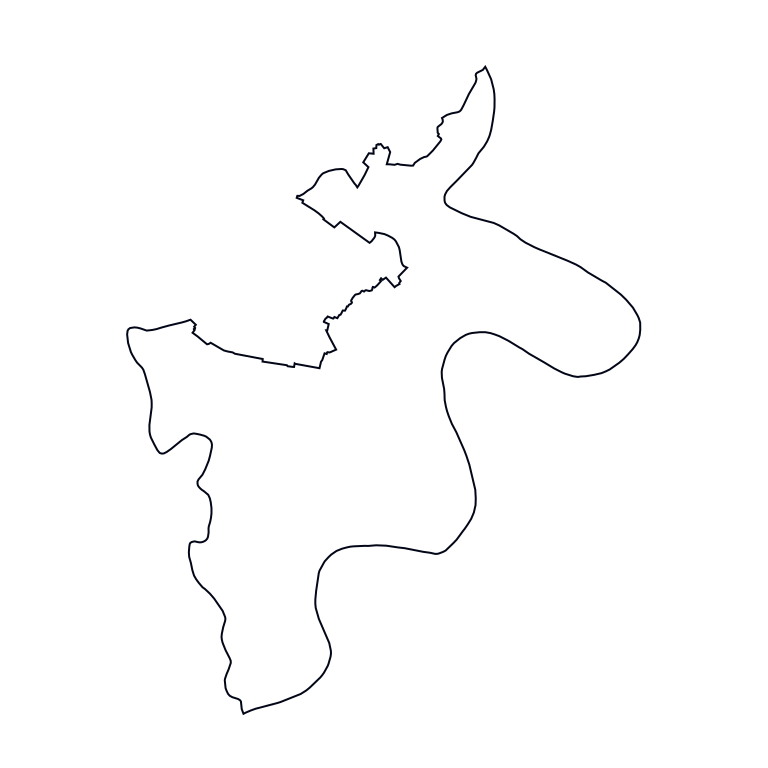 Vu Thu, Thái Bình, Vietnam, rotated 248°
{"feature_id": "81297802B99897160628736", "entity_name": "Vu Thu", "entity_type": "district", "adm_level": 2, "iso_a3": "VNM", "parent_name": "Vietnam", "parent_adm1": "Thái Bình", "projection": "mercator", "projection_center": [106.301, 20.424], "detail": "fine", "context": "isolated", "style": "outline", "palette": "ink", "viewbox_px": 768, "rotation_deg": 248, "n_neighbors": 0, "source": "geoboundaries", "source_scale": "gbopen_adm2", "svg_char_len": 6154}
<svg xmlns="http://www.w3.org/2000/svg" viewBox="0 0 768 768"><g transform="rotate(248 384 384)"><path d="M273.3,136.7L269.3,137.7L263.5,139.6L261.0,141.2L254.7,144.1L248.8,146.1L234.1,149.4L227.3,149.4L225.5,148.9L223.8,147.9L218.6,143.7L213.2,140.1L210.3,138.6L208.2,138.0L205.3,137.5L202.9,137.4L196.4,137.4L187.7,138.2L184.8,138.2L183.7,137.8L182.7,137.4L177.7,133.1L174.0,129.4L170.3,126.2L169.0,125.4L161.4,123.2L159.2,123.1L155.2,123.3L152.7,124.2L150.4,126.1L146.6,130.7L145.1,131.8L144.4,132.2L143.2,132.4L135.8,130.3L130.9,130.2L131.1,132.7L131.2,138.4L131.0,143.4L128.2,165.3L127.9,168.8L127.8,190.6L129.0,197.2L130.3,201.4L135.8,215.1L137.1,217.5L138.8,220.2L143.6,226.1L145.3,227.7L151.2,232.3L153.8,233.8L156.5,234.8L164.4,236.2L190.6,235.6L201.9,236.8L206.0,238.0L210.1,239.7L217.8,243.7L233.1,252.7L235.0,254.2L240.8,261.3L241.8,262.6L244.2,267.6L245.6,271.1L247.0,277.4L247.0,283.5L246.4,288.4L245.8,291.8L244.9,294.9L241.1,305.7L239.8,308.6L237.4,316.3L233.2,325.6L227.1,336.0L224.0,341.7L213.7,357.5L210.2,363.6L207.3,367.8L206.6,369.7L206.3,371.3L206.2,375.9L206.5,378.8L210.5,388.7L212.5,393.1L218.2,402.3L219.5,404.6L222.7,409.4L226.3,414.3L227.7,415.7L231.2,419.2L237.4,423.5L243.5,426.2L251.7,429.0L277.2,432.9L286.7,433.5L292.6,433.6L312.1,433.0L321.6,432.0L330.2,432.0L335.3,432.3L339.8,432.9L346.3,434.2L352.2,436.4L356.9,437.9L367.9,440.0L373.6,442.0L376.1,443.4L383.9,449.3L386.8,451.8L389.3,454.6L393.9,460.8L395.7,464.2L398.0,471.9L398.9,478.2L398.8,481.6L398.3,484.7L396.1,492.4L394.1,497.3L391.3,501.8L388.4,505.3L385.1,508.9L377.4,515.6L367.0,523.3L364.5,525.4L357.8,529.8L343.9,540.7L334.7,547.6L328.5,553.0L325.9,555.5L320.4,562.2L318.4,565.5L317.7,567.2L317.3,569.1L315.6,574.0L313.8,582.1L312.6,589.7L312.6,594.0L312.9,598.6L315.6,610.2L317.5,615.8L320.0,621.3L323.2,627.7L325.8,631.9L327.8,634.4L330.7,637.2L333.6,639.4L338.3,641.9L344.9,644.5L349.7,644.9L352.9,644.7L361.6,643.4L371.4,640.1L378.2,637.1L394.8,627.6L398.2,624.7L411.0,614.9L418.8,610.0L422.8,606.8L429.7,600.2L450.6,578.5L454.6,574.6L462.1,568.1L467.1,564.7L471.4,562.7L474.8,560.4L487.8,550.3L492.2,546.1L506.5,527.0L513.3,520.0L523.0,511.3L526.4,509.2L528.7,508.6L530.0,508.6L531.5,508.9L534.9,510.2L536.9,511.7L539.4,514.7L541.7,519.3L545.1,527.4L554.1,547.6L555.5,549.7L558.9,553.9L562.5,558.0L566.5,565.4L568.5,568.1L570.5,570.7L573.6,573.9L575.3,575.4L579.7,578.7L587.2,583.4L595.6,588.3L599.4,590.2L606.6,593.2L611.4,594.9L616.1,596.1L626.4,597.5L636.2,597.1L640.2,596.7L638.2,593.3L637.7,586.9L637.1,585.5L636.0,584.7L632.5,584.1L631.5,583.6L629.5,582.1L628.5,581.0L621.1,571.4L612.7,562.3L609.5,558.5L608.9,557.5L608.4,555.9L608.4,554.2L609.6,548.0L609.9,543.0L608.9,537.4L607.1,537.4L605.4,536.9L604.5,536.2L603.5,534.6L602.3,530.4L601.9,529.8L601.3,529.4L596.8,527.9L595.2,528.5L593.8,526.8L590.3,528.8L589.3,528.8L587.9,527.2L582.1,516.7L579.0,509.4L579.0,508.2L579.4,506.2L579.1,501.7L577.5,495.4L575.6,492.8L576.3,490.8L581.2,481.4L583.0,479.1L583.3,475.8L585.4,471.9L586.7,468.9L596.7,476.6L602.2,476.1L602.5,472.5L607.8,470.9L607.9,470.4L607.8,468.9L608.6,468.5L608.4,466.5L605.6,465.2L606.3,462.4L601.4,460.6L603.6,456.4L597.3,447.8L590.9,450.8L585.0,444.3L577.6,434.9L576.3,432.9L579.1,432.4L581.0,431.7L591.8,429.3L596.5,428.6L598.5,426.6L599.3,425.1L601.1,419.6L602.2,412.8L602.2,406.7L601.6,404.7L599.6,400.9L594.7,394.7L593.2,391.9L592.6,390.1L591.9,385.6L590.4,380.4L590.0,376.2L590.9,374.1L589.3,372.8L584.6,377.9L582.6,376.2L571.2,384.5L566.7,387.3L562.5,389.4L559.9,390.3L559.4,389.5L547.8,396.6L550.7,404.3L520.3,423.5L521.0,425.9L523.3,429.9L524.4,431.1L525.0,431.5L527.9,432.5L526.0,435.8L522.8,440.6L520.1,443.3L516.4,446.4L514.0,447.8L511.7,448.5L505.3,449.1L502.3,448.7L491.0,446.0L488.3,445.9L486.9,446.1L485.8,446.6L483.2,449.0L478.2,437.7L476.5,437.5L473.2,438.1L472.0,436.0L471.4,435.7L470.9,435.8L470.4,432.0L469.8,430.1L481.9,425.7L481.1,421.9L483.1,420.9L481.9,419.1L480.5,419.8L478.0,414.6L477.1,412.0L477.0,411.2L478.0,410.4L478.2,410.0L477.6,409.4L475.8,408.3L475.4,407.7L475.7,405.2L477.7,402.5L477.8,401.9L477.2,400.1L478.6,398.9L478.6,398.7L478.6,398.0L477.1,395.6L477.1,393.7L477.6,391.4L477.4,390.4L475.5,387.1L473.7,384.8L473.0,384.6L471.8,384.9L471.1,384.3L470.7,383.3L470.6,381.2L469.4,379.5L469.8,378.7L468.1,377.1L466.6,375.3L467.6,373.3L465.2,370.6L464.5,369.6L464.8,368.5L462.5,365.4L464.7,363.1L463.7,361.7L463.7,361.3L467.7,357.0L466.7,355.4L466.6,354.4L464.6,351.7L464.1,351.5L460.3,355.2L455.0,351.5L455.4,350.5L447.7,351.0L433.8,352.5L433.6,345.5L434.7,343.4L434.5,343.0L433.3,342.1L434.7,340.4L429.2,335.6L428.3,334.0L422.8,330.1L435.8,309.5L436.6,308.9L433.5,307.0L434.3,305.3L436.6,301.3L437.8,301.0L450.3,279.8L452.6,280.9L467.9,257.1L470.0,255.5L472.8,251.1L475.1,248.1L487.2,238.7L486.8,236.6L487.1,234.8L497.9,229.0L503.2,225.7L505.0,228.6L505.9,228.2L506.2,228.3L506.2,228.6L505.8,229.0L506.7,229.9L508.2,229.4L509.4,231.7L516.1,228.7L516.3,224.0L516.7,220.2L518.8,206.3L519.7,198.8L520.1,193.8L520.9,189.4L522.4,184.0L526.7,179.1L528.7,176.3L530.0,173.8L531.0,169.6L530.5,167.6L529.4,166.2L526.2,164.4L517.9,162.1L508.4,161.3L505.6,161.5L499.3,162.4L496.2,163.1L489.9,165.7L487.5,166.2L482.7,166.0L464.2,164.0L456.3,162.5L453.2,161.4L449.3,159.8L433.8,151.1L427.9,148.8L424.9,148.1L421.7,147.8L413.8,148.4L407.6,149.1L404.4,150.1L403.8,150.5L402.6,152.1L402.1,154.0L402.4,157.2L403.5,162.0L407.7,175.6L408.8,181.4L409.7,184.0L410.0,185.4L409.6,188.3L409.3,189.3L408.0,191.5L406.0,194.5L403.3,198.0L401.7,199.5L398.0,201.6L397.0,201.9L395.1,202.2L393.3,202.0L392.0,201.7L389.5,200.5L382.6,195.8L378.5,192.7L371.9,186.3L367.9,181.7L365.0,176.3L363.5,174.6L361.8,173.9L360.3,173.5L358.6,173.6L356.5,174.3L354.2,175.4L352.2,176.8L347.1,179.5L343.5,179.7L339.4,179.1L333.4,177.5L328.5,175.5L324.5,173.3L321.2,171.1L317.6,168.2L315.8,167.2L312.1,165.8L308.5,163.7L307.2,162.6L306.5,161.6L305.8,160.1L305.5,158.3L305.5,156.8L305.7,155.3L306.2,153.8L307.1,152.2L308.9,149.7L309.3,148.3L309.5,146.5L309.3,145.2L308.8,144.3L307.9,143.6L305.5,142.2L301.0,140.0L296.7,138.6L290.3,137.9L283.4,136.6L279.9,136.3L277.5,136.1L273.3,136.7Z" fill="none" stroke="#020617" stroke-width="2"/></g></svg>